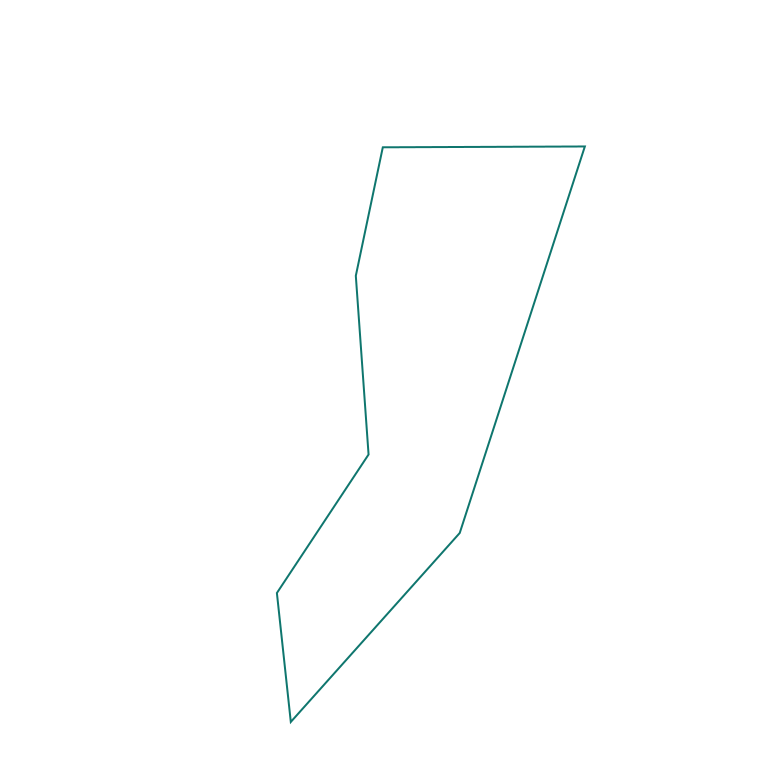 an SVG outline of Seychelles, rotated 43°
{"feature_id": "SYC", "entity_name": "Seychelles", "entity_type": "country or territory", "adm_level": 0, "iso_a3": "SYC", "parent_name": "Seven seas (open ocean)", "parent_adm1": "", "projection": "equal_earth", "projection_center": [55.482, -4.672], "detail": "fine", "context": "isolated", "style": "outline", "palette": "teal", "viewbox_px": 768, "rotation_deg": 43, "n_neighbors": 0, "source": "natural_earth", "source_scale": "50m", "svg_char_len": 260}
<svg xmlns="http://www.w3.org/2000/svg" viewBox="0 0 768 768"><g transform="rotate(43 384 384)"><path d="M541.0,441.3L546.3,694.7L448.2,609.9L420.8,446.1L289.6,324.1L221.7,211.7L368.9,73.3L541.0,441.3Z" fill="none" stroke="#0f766e" stroke-width="2"/></g></svg>